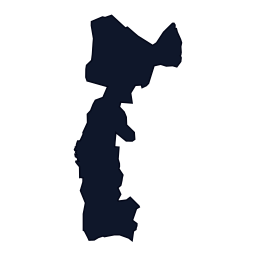 outline of Katcha, Niger, Nigeria
{"feature_id": "59680162B69752440983216", "entity_name": "Katcha", "entity_type": "district", "adm_level": 2, "iso_a3": "NGA", "parent_name": "Nigeria", "parent_adm1": "Niger", "projection": "natural_earth1", "projection_center": [6.264, 9.093], "detail": "fine", "context": "isolated", "style": "filled", "palette": "ink", "viewbox_px": 256, "rotation_deg": 0, "n_neighbors": 0, "source": "geoboundaries", "source_scale": "gbopen_adm2", "svg_char_len": 1910}
<svg xmlns="http://www.w3.org/2000/svg" viewBox="0 0 256 256"><path d="M104.4,236.6L108.6,235.8L114.3,234.7L119.7,234.7L128.8,238.0L132.1,240.6L133.4,231.3L133.7,230.9L135.9,229.5L136.1,227.7L136.8,225.8L136.9,223.7L132.9,220.7L132.5,220.0L136.4,208.7L139.3,207.0L138.9,206.0L130.2,197.3L126.6,200.1L118.7,201.1L117.8,200.5L117.8,199.8L120.7,194.3L117.8,187.8L120.8,185.2L121.9,180.2L122.2,177.8L122.9,175.0L118.8,168.7L119.4,166.4L119.3,163.5L118.0,159.1L118.9,147.2L115.0,146.9L114.6,146.6L114.9,142.3L115.8,132.5L126.2,140.9L132.3,141.0L132.5,140.8L134.7,139.3L134.2,132.4L126.5,124.9L126.2,117.1L124.1,112.0L119.4,107.0L120.7,102.1L132.1,103.0L130.6,93.0L135.3,85.3L141.4,84.9L142.1,87.6L146.3,85.6L148.5,83.3L154.0,65.7L160.7,64.2L166.3,66.0L172.6,65.6L176.8,66.8L177.3,66.1L178.7,64.2L179.4,63.3L180.0,62.5L180.7,61.5L180.8,60.4L181.0,58.9L181.1,57.7L180.2,55.7L180.7,54.9L181.1,52.4L180.7,46.6L181.5,42.8L180.5,39.5L178.9,35.9L177.2,32.1L176.3,28.6L175.7,28.6L174.9,28.5L174.9,26.8L175.0,25.0L174.4,24.1L173.9,23.3L172.5,23.4L163.6,32.2L156.6,42.9L152.7,45.5L137.7,36.1L133.5,32.5L127.4,27.2L125.4,28.1L111.6,15.4L105.1,17.6L102.5,17.0L91.5,21.6L91.4,25.5L93.6,38.6L93.2,43.2L92.5,54.1L91.7,60.4L86.6,65.3L86.0,69.1L85.9,77.3L87.2,80.9L87.5,80.9L107.7,86.6L103.0,97.5L95.4,100.3L93.2,104.3L90.7,110.7L87.4,114.2L87.6,122.7L87.3,123.3L83.0,132.6L83.2,133.4L83.0,134.7L80.3,140.5L79.0,141.2L77.9,140.9L77.5,141.5L76.6,144.2L76.3,146.6L75.4,147.0L75.5,147.7L74.5,149.4L74.9,150.5L76.4,150.8L75.6,152.3L76.7,154.6L75.0,154.3L75.5,156.7L76.6,157.3L77.4,158.0L77.9,160.1L78.9,161.1L78.0,161.5L77.1,161.1L76.1,161.1L75.8,161.9L77.2,163.8L79.6,166.7L79.7,170.2L79.8,177.5L80.4,177.4L81.0,177.4L83.1,177.9L83.0,182.2L80.5,190.6L85.5,202.9L83.4,213.9L83.4,230.3L84.5,230.8L87.9,237.4L89.1,240.1L94.2,239.9L98.4,237.4L100.3,236.8L103.0,235.9L104.4,236.6Z" fill="#0f172a" stroke="#020617" stroke-width="1.5"/></svg>